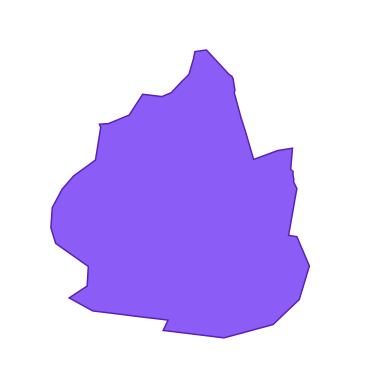 Kings, New York, United States of America, rotated 14°
{"feature_id": "52423323B42930074476451", "entity_name": "Kings", "entity_type": "district", "adm_level": 2, "iso_a3": "USA", "parent_name": "United States of America", "parent_adm1": "New York", "projection": "mercator", "projection_center": [-73.962, 40.654], "detail": "fine", "context": "isolated", "style": "filled", "palette": "violet", "viewbox_px": 384, "rotation_deg": 14, "n_neighbors": 0, "source": "geoboundaries", "source_scale": "gbopen_adm2", "svg_char_len": 1009}
<svg xmlns="http://www.w3.org/2000/svg" viewBox="0 0 384 384"><g transform="rotate(14 192 192)"><path d="M160.8,55.1L161.2,62.3L160.6,78.5L156.9,84.8L155.7,86.5L147.8,100.7L139.7,106.7L120.5,109.1L112.4,132.6L103.0,139.5L94.3,145.9L85.8,148.6L87.8,151.5L90.6,184.3L80.6,196.3L79.2,197.9L76.6,201.1L73.2,205.1L71.4,208.7L71.0,209.4L70.4,210.6L70.2,211.0L69.6,212.2L68.9,213.6L68.4,214.6L65.3,220.7L61.9,234.2L60.2,241.0L63.7,260.8L67.5,267.1L68.0,267.9L72.2,274.9L101.6,286.3L102.6,286.7L109.4,289.3L113.0,308.6L110.9,310.9L98.4,324.5L124.5,331.4L139.6,329.5L156.7,327.4L164.7,326.5L173.6,325.4L186.9,323.7L191.5,323.1L199.8,322.1L197.5,333.3L258.3,325.8L302.7,301.0L322.1,270.3L323.8,235.4L304.6,210.0L296.2,210.7L292.9,163.3L288.2,157.7L287.7,155.1L285.7,150.5L285.1,147.6L282.3,146.3L278.9,125.2L265.2,131.0L243.9,145.5L228.5,119.1L221.8,108.4L210.9,88.9L210.4,88.0L208.9,85.5L209.1,83.0L204.5,72.2L202.7,70.1L199.4,68.9L171.6,50.7L160.8,55.1Z" fill="#8b5cf6" stroke="#5b21b6" stroke-width="1.5"/></g></svg>